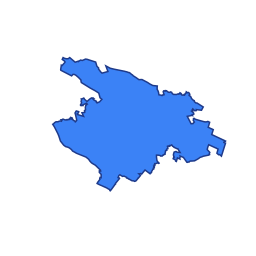 the district of Vānes pag., Kandavas, Latvia, rotated 34°
{"feature_id": "27541924B3957648915693", "entity_name": "Vānes pag.", "entity_type": "district", "adm_level": 2, "iso_a3": "LVA", "parent_name": "Latvia", "parent_adm1": "Kandavas", "projection": "robinson", "projection_center": [22.617, 56.905], "detail": "fine", "context": "isolated", "style": "filled", "palette": "blue", "viewbox_px": 256, "rotation_deg": 34, "n_neighbors": 0, "source": "geoboundaries", "source_scale": "gbopen_adm2", "svg_char_len": 5702}
<svg xmlns="http://www.w3.org/2000/svg" viewBox="0 0 256 256"><g transform="rotate(34 128 128)"><path d="M156.1,65.4L156.6,66.7L156.2,67.1L156.2,67.4L156.4,67.6L156.4,68.5L155.8,68.7L155.7,68.9L155.7,69.0L156.1,69.3L155.6,69.5L155.4,70.0L154.3,70.5L153.7,70.4L153.7,70.1L152.6,69.7L151.5,69.7L151.4,69.7L151.4,69.9L151.8,70.7L151.2,70.9L151.1,71.0L151.2,71.3L151.0,71.7L150.3,71.9L149.3,73.3L148.3,73.8L147.0,74.7L145.5,74.7L144.2,74.0L143.4,74.2L143.1,74.3L143.1,74.5L142.6,75.2L141.9,75.4L141.5,75.8L139.0,75.6L138.2,76.0L138.4,76.4L137.7,76.9L137.1,76.9L136.8,77.3L136.9,77.7L136.8,78.0L137.7,79.0L139.1,80.0L139.3,80.3L139.2,80.5L138.7,80.6L138.4,81.2L138.1,81.4L138.1,81.6L138.2,81.9L138.1,82.1L137.0,82.3L135.1,83.2L133.3,81.3L131.9,80.3L130.6,79.7L129.3,77.8L128.8,76.8L124.8,78.9L121.3,79.3L118.8,79.3L112.5,80.0L110.0,81.8L106.5,81.7L103.0,81.8L102.1,81.5L100.9,81.6L99.4,81.3L97.7,81.4L97.3,81.8L96.0,82.0L93.2,83.0L83.6,87.0L79.8,88.4L74.9,88.9L79.8,92.4L75.8,97.0L73.6,96.7L72.6,96.2L70.7,95.7L70.1,94.7L67.7,94.2L64.3,91.4L58.2,93.2L56.0,93.8L54.4,94.5L54.0,94.9L53.6,95.7L52.3,97.6L50.7,98.2L49.7,100.6L49.4,100.4L47.4,103.0L40.3,102.2L39.7,103.9L38.5,104.9L36.5,105.7L34.8,105.9L35.1,107.9L36.9,108.0L37.3,107.9L38.8,108.4L39.0,109.0L38.4,113.2L37.6,113.2L39.5,117.2L40.0,117.7L52.1,116.3L52.4,114.3L53.6,113.6L55.2,113.4L58.6,113.8L62.1,114.5L63.0,115.6L63.9,116.4L74.7,116.0L79.9,115.5L83.8,115.4L84.4,115.5L87.9,118.6L90.3,118.8L89.8,122.2L88.3,124.5L87.2,124.2L87.3,123.9L86.9,123.6L86.5,123.5L84.6,123.9L82.2,123.4L83.1,122.7L82.3,122.6L81.7,123.3L81.2,123.2L80.5,124.3L80.1,125.4L79.2,128.9L75.9,128.5L75.4,128.2L74.6,127.9L74.0,128.9L73.0,130.1L73.4,130.3L73.8,130.8L74.2,132.1L74.5,132.5L75.1,132.7L75.5,133.2L75.7,135.5L76.1,135.8L76.7,135.7L77.4,134.4L78.1,134.6L78.1,133.3L79.7,130.7L80.9,131.0L80.4,132.0L80.6,132.1L80.4,132.9L81.1,134.8L82.6,136.6L82.2,138.0L83.3,138.9L83.3,139.4L81.3,141.1L84.7,143.2L78.5,145.1L77.9,144.5L78.3,143.8L78.3,142.7L78.0,142.0L75.6,142.8L75.5,143.4L75.6,144.0L75.7,145.2L76.8,146.1L80.1,149.2L81.2,150.3L81.0,151.9L81.0,152.3L80.8,152.4L80.1,151.9L79.4,152.1L78.6,152.1L78.0,151.9L77.4,152.1L76.4,152.1L76.5,151.9L76.2,151.7L76.7,151.4L76.5,151.0L75.8,150.9L75.6,151.0L74.9,151.2L75.1,151.4L74.8,151.5L74.6,151.8L74.7,152.4L74.4,152.6L74.5,152.8L75.0,153.1L75.0,153.4L74.4,153.9L74.2,153.8L74.0,154.0L73.6,154.2L73.7,154.6L73.1,155.2L72.6,155.3L72.6,155.6L71.4,156.4L70.6,156.7L69.6,156.8L69.0,157.1L68.9,157.6L68.3,158.3L68.0,158.5L68.9,158.8L68.8,159.2L69.0,159.6L68.1,159.9L67.1,160.9L66.4,162.1L65.5,162.6L64.7,163.3L64.1,164.8L64.0,166.0L63.5,167.0L66.3,168.2L72.8,171.8L75.1,173.3L79.3,176.6L84.3,178.2L86.7,178.3L88.7,177.6L90.5,177.3L93.2,177.5L94.9,178.1L98.1,177.8L99.1,177.8L109.4,175.6L112.8,175.9L115.0,176.8L117.2,177.3L118.5,177.3L121.8,177.1L128.9,178.4L129.0,178.6L128.7,179.0L128.9,179.1L128.6,179.2L128.5,179.5L128.3,179.4L128.2,179.7L128.6,179.8L129.0,180.8L131.4,181.4L131.8,181.6L133.5,184.2L132.5,184.6L132.8,185.7L133.4,186.2L133.3,189.8L133.2,189.9L133.4,191.3L135.8,191.0L143.7,189.6L146.1,189.5L146.6,189.3L147.5,189.5L148.0,190.0L148.4,190.0L148.6,188.5L148.8,182.7L148.7,182.6L149.0,181.4L148.6,181.1L148.6,180.9L149.2,174.6L148.7,174.3L147.5,174.7L147.0,172.5L147.4,171.3L150.5,171.2L151.6,170.1L154.5,169.7L154.8,170.2L156.2,169.8L156.9,170.0L157.1,169.8L160.9,169.5L162.1,168.7L163.2,168.6L164.1,167.6L164.4,165.6L164.4,163.8L164.6,163.8L164.9,160.4L162.8,159.9L163.0,159.8L164.0,158.6L165.1,158.6L165.6,153.3L171.8,153.6L171.7,152.9L172.2,152.5L172.3,151.5L171.8,150.8L171.9,149.8L171.7,148.6L172.2,147.5L171.5,147.3L171.4,146.8L171.9,146.1L171.5,145.8L171.0,145.7L170.6,145.2L170.9,145.1L171.3,144.8L171.1,143.6L170.3,143.6L170.1,142.5L170.9,142.0L172.0,140.4L173.1,140.3L173.4,139.8L173.0,139.6L171.1,139.3L170.1,138.7L167.9,136.2L166.8,134.6L168.2,133.6L170.2,132.8L170.8,133.0L172.1,132.0L172.1,131.0L172.4,130.9L172.6,130.4L172.4,130.3L172.4,130.2L173.0,129.4L173.4,129.1L173.2,128.6L172.8,128.4L172.7,127.5L172.2,126.8L172.2,126.3L171.9,126.0L172.0,125.3L172.6,124.8L172.1,124.3L172.0,124.0L172.3,123.3L172.2,123.2L172.6,122.8L172.1,122.1L171.2,121.5L170.9,121.1L171.2,120.7L171.8,120.4L171.8,120.1L172.1,120.0L172.3,120.1L172.6,120.0L172.8,119.5L172.5,119.1L173.2,118.7L173.5,117.7L174.0,117.6L175.2,118.2L176.3,118.0L176.8,118.1L176.9,118.3L180.5,117.7L180.9,117.3L181.8,117.8L184.9,119.2L182.2,120.6L180.9,120.6L179.7,122.2L180.4,124.4L180.8,125.1L181.8,125.8L181.7,125.8L182.3,126.8L182.6,128.2L184.6,128.0L186.0,128.4L186.1,128.8L186.8,128.7L185.7,125.2L188.4,124.7L187.5,123.8L187.5,122.5L187.0,122.1L190.4,121.4L196.0,123.5L196.3,123.4L196.9,122.6L197.7,122.0L197.9,121.0L198.1,120.6L200.2,119.1L201.2,118.2L201.4,117.9L201.6,117.9L203.6,113.9L204.1,112.2L205.8,110.0L206.1,109.4L210.0,105.4L210.5,104.5L209.9,104.3L209.5,102.5L205.8,101.6L205.6,101.4L204.7,98.8L204.3,96.7L211.8,95.5L212.0,95.3L212.4,95.4L214.5,95.1L215.8,99.2L218.1,99.5L219.0,98.8L221.2,99.1L217.3,86.0L215.6,86.4L215.4,85.2L215.6,84.9L216.2,84.5L216.2,84.3L201.1,86.6L199.6,81.7L194.1,82.6L192.5,77.6L190.5,77.9L190.1,78.6L188.6,79.8L187.1,80.4L183.0,81.8L178.9,83.1L177.4,83.0L177.0,83.5L177.5,84.1L177.7,85.1L179.7,86.0L179.4,87.4L179.5,87.9L177.9,89.2L170.6,85.2L173.5,82.3L173.4,81.9L174.6,81.6L174.0,81.0L174.8,79.6L173.8,78.8L171.4,78.5L172.1,77.7L171.1,77.2L171.0,75.9L173.6,76.4L174.8,75.5L174.8,74.8L174.4,74.5L179.0,72.2L178.6,68.5L171.2,68.7L170.2,69.3L169.6,69.2L168.2,69.0L167.7,68.3L165.7,68.4L164.0,67.9L163.1,67.3L162.2,66.8L160.6,66.9L160.2,66.6L160.2,66.4L160.5,65.7L160.3,65.5L160.1,65.3L158.7,64.7L158.4,64.7L158.0,64.9L157.6,65.5L156.1,65.4Z" fill="#3b82f6" stroke="#1e3a8a" stroke-width="1.5"/></g></svg>